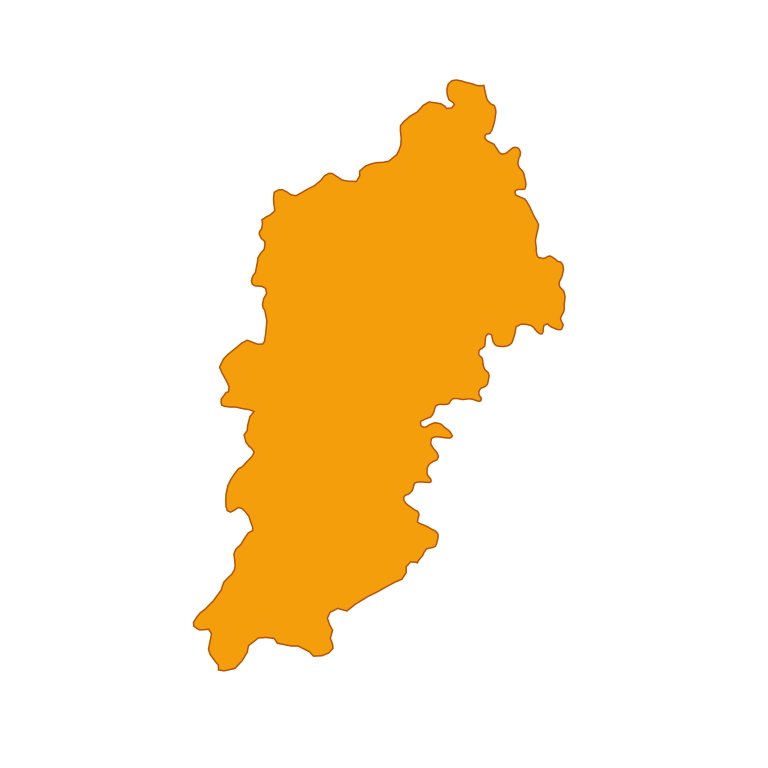 outline of Myadzyel, Minsk, Belarus, rotated 281°
{"feature_id": "67162791B89573771278316", "entity_name": "Myadzyel", "entity_type": "district", "adm_level": 2, "iso_a3": "BLR", "parent_name": "Belarus", "parent_adm1": "Minsk", "projection": "albers", "projection_center": [26.974, 54.814], "detail": "fine", "context": "isolated", "style": "filled", "palette": "amber", "viewbox_px": 768, "rotation_deg": 281, "n_neighbors": 0, "source": "geoboundaries", "source_scale": "gbopen_adm2", "svg_char_len": 6138}
<svg xmlns="http://www.w3.org/2000/svg" viewBox="0 0 768 768"><g transform="rotate(281 384 384)"><path d="M154.1,390.9L162.5,398.0L172.2,408.6L179.1,417.6L186.0,425.7L191.5,432.4L195.8,438.8L203.1,441.8L208.8,440.6L214.4,444.1L215.3,449.7L214.7,450.7L217.8,451.8L223.0,454.7L226.1,455.3L230.2,457.1L231.3,459.3L232.6,462.5L234.3,465.2L236.9,466.0L241.0,466.3L243.8,466.3L246.9,465.7L248.8,463.7L249.9,461.5L250.8,457.6L252.1,454.2L253.3,449.0L253.9,445.7L255.0,443.1L259.6,443.1L262.2,443.4L264.4,442.3L265.7,440.8L266.3,437.9L267.4,435.6L269.6,430.8L271.1,428.2L273.8,425.6L276.4,425.0L278.8,426.0L280.3,428.7L281.6,430.0L285.0,432.2L287.4,432.4L290.2,432.6L292.6,433.0L294.1,435.7L295.0,439.4L295.2,440.9L295.3,442.0L295.5,443.7L295.7,445.6L295.9,447.3L297.0,448.8L298.5,448.5L299.9,447.7L301.3,445.8L303.4,443.8L305.3,443.1L309.2,442.5L310.9,442.6L313.0,443.4L314.8,444.4L317.1,446.8L318.1,448.2L319.5,450.3L321.9,451.1L323.7,451.1L325.2,450.1L327.1,448.8L328.7,446.7L329.8,445.1L332.0,443.1L333.3,441.8L336.3,440.9L339.5,441.1L340.6,442.1L341.9,444.3L342.3,446.0L342.7,449.5L342.8,452.8L343.0,455.5L343.4,458.4L344.2,460.2L346.2,461.0L349.1,458.5L350.9,456.2L353.1,451.4L354.1,450.1L355.6,447.0L355.8,445.3L355.8,441.6L354.5,439.2L352.5,436.3L350.0,433.7L349.1,431.4L349.8,428.5L351.4,427.7L353.7,427.1L355.0,427.8L356.6,430.1L358.0,431.9L359.3,434.1L360.5,436.0L362.2,437.1L364.7,438.0L367.3,438.4L369.8,438.5L372.6,439.2L373.9,440.8L374.8,443.1L375.2,446.5L375.9,449.1L376.6,450.8L378.0,451.8L380.1,452.6L382.5,454.1L383.2,456.1L383.7,459.0L383.7,464.1L384.8,467.5L385.7,470.3L385.9,473.6L385.6,476.2L385.2,478.9L385.2,480.6L385.9,482.2L387.7,482.4L388.3,482.2L389.4,481.5L390.4,480.3L392.6,478.9L394.3,478.6L396.4,478.9L398.6,480.1L399.4,481.7L400.1,482.6L401.2,484.2L403.7,485.6L405.8,485.7L412.1,485.7L414.9,484.2L416.3,482.0L417.6,480.0L420.4,478.3L423.5,477.1L427.0,476.0L428.4,475.1L429.5,473.3L430.4,471.9L432.2,471.1L434.9,471.0L436.3,471.8L437.7,473.6L440.5,475.7L444.2,475.3L447.0,475.0L450.2,474.8L453.0,476.4L453.3,478.0L452.7,480.3L449.4,481.6L446.4,483.0L444.5,484.7L443.1,486.8L443.0,489.6L443.5,493.9L444.2,496.0L445.2,498.2L446.2,499.6L448.3,501.4L451.1,502.1L454.1,502.4L458.4,502.9L460.8,502.8L465.4,502.8L468.6,506.7L469.5,510.0L469.6,513.6L469.5,517.0L468.2,519.9L466.0,522.4L464.5,524.4L463.1,527.4L463.2,529.4L465.5,530.2L468.2,529.8L472.0,529.8L473.1,531.2L474.4,533.1L473.0,534.9L472.0,537.0L471.2,540.4L470.8,541.9L470.6,544.7L471.1,547.1L471.9,548.0L475.9,548.6L476.4,548.6L478.0,547.3L480.1,545.7L482.1,544.8L483.3,544.8L486.7,545.8L489.5,546.6L492.0,546.6L496.8,545.6L499.9,545.5L504.6,545.0L509.5,542.7L511.2,540.4L512.7,538.2L515.4,536.8L517.7,536.6L520.1,537.3L522.3,537.9L525.8,538.3L530.5,538.4L532.8,537.6L535.3,536.6L537.5,534.1L537.5,531.1L539.2,528.3L540.4,525.6L541.4,522.8L540.4,520.3L538.6,518.5L537.7,516.5L537.6,513.0L537.8,511.2L539.9,509.5L543.8,508.0L547.3,507.3L550.2,506.3L553.1,505.4L556.2,505.2L560.8,505.3L566.2,505.5L569.6,505.4L573.0,503.1L577.9,498.8L581.3,496.4L585.1,493.7L588.3,491.1L590.9,488.7L592.4,486.9L593.1,484.1L593.8,480.3L594.7,477.1L597.0,476.1L598.9,476.0L600.5,478.4L600.9,480.0L601.5,483.4L602.3,485.0L604.5,485.4L606.8,485.3L610.5,484.1L614.7,482.2L617.4,481.0L619.9,478.9L622.1,475.6L625.1,473.6L627.3,473.3L631.9,473.3L633.7,474.0L637.2,473.8L639.0,472.8L640.8,471.3L641.4,469.6L641.4,467.5L640.4,465.4L638.8,463.8L635.5,461.3L633.7,459.7L633.2,458.3L632.2,456.5L632.6,454.2L633.7,452.6L638.1,448.3L640.4,446.1L641.0,443.8L641.9,440.7L642.6,438.6L644.4,436.2L647.2,435.8L649.1,436.9L649.4,438.6L650.4,440.2L653.6,441.4L657.7,442.0L662.1,442.4L666.0,442.3L672.1,442.0L675.4,441.0L678.5,439.0L679.1,435.8L681.5,432.3L683.8,430.4L688.8,428.1L693.8,426.0L696.2,425.0L695.3,422.4L694.7,418.5L695.5,413.0L695.7,406.9L696.3,402.1L696.2,396.8L694.8,393.0L690.9,389.9L685.6,389.4L680.3,390.8L675.6,393.4L673.4,398.1L671.5,399.8L667.8,397.6L666.4,392.9L668.1,390.9L670.0,386.3L669.5,374.5L665.1,369.4L657.2,364.6L652.0,358.6L645.4,353.4L640.7,350.9L635.5,351.8L628.5,354.0L621.6,354.9L616.4,354.1L611.6,352.8L603.7,346.3L601.5,341.1L599.8,334.2L597.6,329.4L594.5,324.3L588.4,319.5L583.7,320.4L577.6,318.3L576.2,309.9L576.2,304.0L577.8,300.2L580.8,292.9L580.3,289.9L577.2,286.0L571.6,283.0L565.5,278.0L561.0,272.2L555.5,265.9L551.9,261.5L552.1,256.2L554.0,252.0L555.4,247.1L554.3,243.2L551.2,239.6L544.9,240.2L540.4,241.3L536.6,242.7L533.2,243.8L528.2,240.0L525.7,236.7L521.9,232.8L518.0,234.2L512.7,234.2L510.0,232.8L507.7,232.8L503.6,235.6L501.1,239.8L497.5,240.6L493.1,240.6L488.7,237.9L483.9,236.2L479.2,236.5L469.0,236.5L464.8,234.6L460.4,234.1L456.8,235.7L455.7,238.8L456.6,245.4L455.2,249.6L450.5,251.5L444.7,249.6L438.6,249.6L435.5,251.0L433.6,252.9L424.2,256.8L420.3,257.3L411.7,258.2L404.8,258.5L402.8,258.5L400.1,257.3L399.0,252.6L399.5,249.0L400.9,241.3L397.0,236.6L390.1,231.0L386.3,227.7L382.7,224.7L377.7,221.6L369.1,219.4L363.8,223.0L356.9,228.8L351.9,232.4L346.7,232.9L345.6,230.7L338.1,227.1L334.8,227.6L332.3,228.7L331.7,231.8L332.0,237.3L333.1,242.9L332.8,251.2L333.1,257.0L332.2,261.7L326.4,258.6L320.9,258.3L317.3,258.1L312.3,258.6L307.3,256.4L300.4,259.7L297.0,263.5L295.6,266.3L292.3,269.6L287.6,268.2L282.1,264.6L275.7,260.7L273.0,257.3L266.3,254.0L260.8,251.8L254.4,250.1L245.3,250.0L238.7,251.1L233.7,252.2L229.8,254.4L228.9,257.7L231.4,261.0L235.0,264.7L234.7,268.0L232.7,271.6L228.5,276.5L223.0,279.6L218.5,282.3L215.2,283.1L211.9,279.2L205.5,276.4L199.2,274.1L193.4,270.0L188.4,269.1L182.9,271.0L177.0,272.6L172.9,272.6L168.2,270.9L164.0,267.8L159.1,264.7L154.9,263.9L150.8,263.6L145.3,261.0L138.1,257.6L134.5,255.1L129.0,251.5L124.3,247.3L119.6,244.8L113.8,242.5L110.2,243.3L108.5,246.6L107.4,249.9L108.5,254.4L109.8,258.8L105.7,262.4L90.2,262.3L85.4,264.9L79.2,271.6L76.5,275.0L71.7,276.1L71.9,281.7L76.3,291.9L85.1,297.4L94.5,300.9L101.3,300.9L110.7,309.1L112.7,316.6L113.3,324.7L109.2,328.8L109.1,343.0L110.4,349.8L106.9,362.0L103.4,366.7L105.4,374.9L109.4,381.0L114.8,384.4L118.9,383.1L124.3,379.8L132.5,380.5L137.3,376.5L143.4,373.1L149.5,374.5L154.9,381.4L154.1,390.9Z" fill="#f59e0b" stroke="#b45309" stroke-width="1.5"/></g></svg>